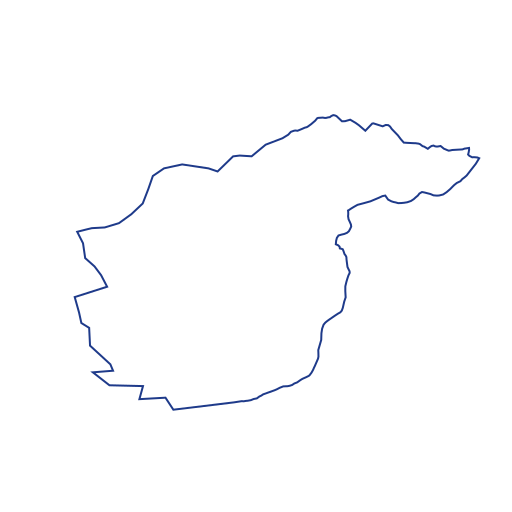 San Pablo Cuatro Venados, Oaxaca, Mexico (Natural Earth projection), rotated 200°
{"feature_id": "50627088B25746223253331", "entity_name": "San Pablo Cuatro Venados", "entity_type": "district", "adm_level": 2, "iso_a3": "MEX", "parent_name": "Mexico", "parent_adm1": "Oaxaca", "projection": "natural_earth1", "projection_center": [-96.914, 16.979], "detail": "fine", "context": "isolated", "style": "outline", "palette": "blue", "viewbox_px": 512, "rotation_deg": 200, "n_neighbors": 0, "source": "geoboundaries", "source_scale": "gbopen_adm2", "svg_char_len": 3086}
<svg xmlns="http://www.w3.org/2000/svg" viewBox="0 0 512 512"><g transform="rotate(200 256 256)"><path d="M165.4,161.4L164.8,162.5L164.5,163.6L164.2,164.4L163.9,165.6L163.6,167.4L163.4,168.7L163.3,170.8L163.1,172.5L162.8,177.4L162.6,180.8L162.9,182.8L164.2,186.2L165.3,188.9L166.0,199.4L168.1,205.8L169.0,210.3L169.0,214.6L168.1,217.1L166.8,219.3L165.3,221.5L161.6,226.7L159.3,229.8L157.5,231.9L156.7,234.0L156.7,237.0L157.5,243.4L157.6,247.8L160.1,253.6L161.7,258.1L162.2,262.5L162.4,265.7L162.5,269.3L162.2,272.2L162.9,273.7L164.3,275.0L166.3,277.0L169.0,282.2L169.8,283.8L170.7,285.9L171.9,287.1L173.5,288.1L175.5,290.6L176.8,292.0L178.3,292.0L179.8,291.8L180.7,293.4L182.6,294.2L185.0,294.3L185.9,297.7L186.2,300.7L185.5,303.5L183.2,305.2L180.6,306.9L178.4,308.9L177.2,311.0L176.8,313.7L176.6,316.2L177.6,318.1L179.4,320.0L181.6,322.2L183.1,324.9L183.6,326.8L184.4,328.9L185.1,330.2L184.6,330.7L182.7,333.3L180.6,335.9L178.1,338.8L172.5,342.7L167.2,346.5L163.1,350.3L160.2,353.0L157.7,355.5L155.2,357.0L151.2,354.2L147.5,353.7L145.1,353.8L143.2,354.1L140.5,354.3L137.7,355.4L135.0,356.7L132.3,358.2L129.2,360.7L127.2,363.4L126.0,365.7L124.6,368.1L123.8,370.6L121.9,372.9L119.4,373.3L113.2,373.9L110.0,373.7L106.7,374.6L104.6,375.5L101.2,377.8L98.7,381.2L96.4,385.3L95.0,388.4L94.0,390.5L92.3,393.3L89.5,396.2L88.5,398.8L87.0,401.1L85.6,403.6L81.0,417.8L79.7,424.2L81.6,424.3L84.0,423.7L85.5,423.2L86.6,422.7L89.8,423.1L91.4,423.9L91.6,426.1L92.1,428.8L92.8,430.4L93.7,429.9L95.1,429.1L96.8,428.2L98.4,426.8L107.0,423.1L107.9,422.7L109.3,421.8L110.9,420.9L112.5,420.9L113.9,421.0L116.2,421.1L118.1,421.8L120.2,422.5L121.2,421.9L122.9,420.9L124.0,420.5L125.7,420.3L126.9,420.5L128.7,419.4L130.0,417.6L131.2,415.5L135.4,416.3L137.1,416.2L140.1,417.2L141.6,417.2L144.9,416.5L145.6,416.2L153.1,413.9L155.9,413.1L159.9,415.3L163.9,417.9L171.9,421.8L174.3,423.5L176.4,424.2L178.9,423.5L181.3,421.2L191.0,420.8L192.1,420.2L196.1,411.1L204.1,414.1L208.1,415.2L214.1,416.3L218.5,413.1L221.3,412.0L228.2,415.0L230.1,415.1L230.9,414.9L231.6,414.8L233.1,413.3L234.1,411.7L235.5,411.0L237.6,409.6L238.4,409.3L240.6,408.9L244.9,407.0L245.6,406.4L246.7,403.3L249.3,398.7L251.6,395.3L252.4,394.4L254.0,393.3L256.5,390.9L259.8,387.9L261.9,387.4L263.0,386.8L263.4,386.5L265.7,384.6L267.2,381.0L271.4,375.7L285.0,363.9L294.2,348.2L305.7,344.8L311.6,341.8L321.0,322.3L330.6,322.1L356.7,316.8L372.4,306.9L380.3,295.9L380.1,282.1L380.4,266.6L387.4,252.7L396.0,240.0L407.9,231.1L419.8,226.0L424.2,223.1L432.3,217.6L427.7,213.3L422.9,208.8L415.8,195.6L404.2,191.0L395.0,185.0L385.4,176.2L412.3,155.4L402.9,142.3L397.2,133.3L388.2,131.4L381.3,115.0L355.8,104.4L351.1,99.3L363.6,93.6L369.5,90.9L349.5,84.4L317.7,95.1L316.6,81.6L292.6,91.9L281.1,83.3L226.5,111.0L219.8,114.7L217.8,115.3L216.1,116.3L214.2,117.2L211.5,118.8L209.3,120.8L206.5,122.5L204.8,125.1L203.2,126.7L202.0,128.4L192.6,136.2L190.8,137.9L188.6,140.3L185.8,142.8L181.7,144.5L179.9,145.6L177.9,147.2L176.4,149.3L174.1,151.3L172.1,154.2L170.9,155.8L169.8,157.0L167.7,159.0L165.4,161.4Z" fill="none" stroke="#1e3a8a" stroke-width="2"/></g></svg>